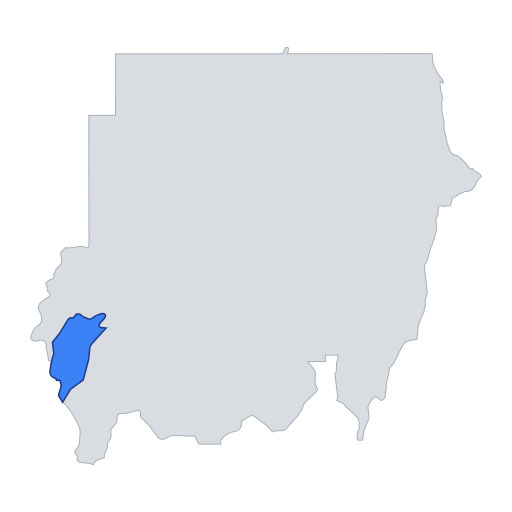 where Central Darfur sits in Sudan
{"feature_id": "SDN-5859", "entity_name": "Central Darfur", "entity_type": "State", "adm_level": 1, "iso_a3": "SDN", "parent_name": "Sudan", "parent_adm1": "", "projection": "robinson", "projection_center": [23.507, 12.127], "detail": "fine", "context": "in_parent", "style": "filled", "palette": "blue", "viewbox_px": 512, "rotation_deg": 0, "n_neighbors": 0, "source": "natural_earth", "source_scale": "10m", "svg_char_len": 4610}
<svg xmlns="http://www.w3.org/2000/svg" viewBox="0 0 512 512"><path d="M362.7,440.1L357.7,440.1L357.1,438.7L357.2,435.0L357.7,432.2L359.5,427.7L359.1,425.3L359.3,421.8L357.9,417.9L345.7,406.5L343.3,403.4L336.7,400.5L337.8,397.3L334.9,374.0L336.3,371.3L336.6,367.2L336.5,363.6L338.0,357.7L338.2,355.1L325.3,355.0L325.1,357.5L325.7,360.4L325.7,361.5L307.8,361.6L315.0,370.8L315.4,374.8L315.0,379.8L315.2,383.0L315.6,385.0L317.5,389.1L317.4,389.9L317.0,390.9L304.3,403.1L302.2,408.7L300.6,411.7L296.9,416.7L285.3,429.7L283.4,430.5L274.6,431.0L273.7,431.3L273.0,431.9L272.6,431.8L265.0,424.1L252.1,414.9L243.7,419.7L241.4,421.5L241.4,425.9L240.1,428.2L237.9,430.6L231.6,432.2L228.4,433.5L224.5,436.0L220.7,440.1L220.4,442.3L220.9,444.2L199.3,444.2L197.9,442.6L194.7,435.8L192.5,436.2L172.9,435.4L170.0,436.1L164.4,438.9L161.6,439.4L158.7,438.1L148.3,424.5L146.1,422.9L143.7,419.7L141.5,418.3L140.8,417.2L140.5,415.8L140.6,412.8L139.8,410.9L138.2,410.5L124.3,413.7L122.3,413.3L119.4,413.9L118.4,414.4L117.2,416.2L117.0,419.9L116.7,421.8L115.6,423.8L111.7,428.4L110.8,430.4L111.0,435.5L110.7,438.0L110.1,439.2L108.4,441.2L107.8,442.3L107.1,448.8L104.9,452.7L104.4,454.1L104.3,456.9L104.0,457.8L97.7,460.0L95.3,461.5L93.9,463.7L93.5,464.6L90.8,463.8L87.4,463.2L80.8,462.5L78.2,461.5L77.0,460.0L77.4,456.0L76.7,455.2L75.7,454.5L75.0,452.8L75.1,450.8L78.6,446.2L79.3,443.8L80.2,432.4L79.9,428.9L77.2,422.5L70.9,411.5L69.4,409.4L61.5,400.3L60.6,399.0L58.6,395.1L60.7,386.7L60.9,384.4L60.3,382.0L58.4,380.2L56.6,380.0L54.3,377.8L52.7,376.8L51.4,374.8L50.4,372.0L51.1,362.1L50.7,360.8L48.7,360.5L48.2,359.7L48.3,357.9L47.2,352.2L46.0,347.6L46.6,345.0L45.0,341.5L41.7,340.0L35.5,341.1L33.5,340.9L32.1,340.3L31.2,339.0L30.7,337.5L31.2,335.2L33.0,331.0L35.2,327.5L39.7,324.4L40.9,322.7L41.6,320.9L41.7,318.7L41.4,316.5L40.9,314.4L39.6,311.7L38.4,308.5L38.4,306.4L38.9,304.8L40.2,303.0L44.7,299.3L49.3,296.3L50.0,295.2L49.8,293.9L47.6,291.4L47.0,286.6L45.8,283.2L48.1,280.7L49.9,279.8L52.6,279.0L53.6,277.9L53.9,275.9L53.8,274.0L54.8,272.5L56.1,269.4L57.2,268.0L60.7,264.4L61.5,262.0L61.7,259.8L60.7,252.9L62.8,250.1L65.3,247.7L69.1,247.9L74.8,247.4L78.8,246.4L81.6,246.4L88.0,247.7L88.6,247.1L89.0,245.3L88.8,115.4L115.2,115.4L115.5,115.2L115.4,53.8L281.3,53.8L282.7,53.6L285.2,47.8L286.4,47.4L288.1,47.7L288.7,49.1L287.3,53.8L432.2,53.7L432.6,60.8L433.9,66.4L438.2,74.4L441.8,78.7L443.1,81.1L443.3,82.2L443.1,83.2L442.0,82.1L440.2,81.3L440.1,85.0L441.1,92.7L442.7,98.1L441.7,103.1L442.0,111.6L444.1,121.7L443.8,128.2L447.2,143.3L450.3,151.6L451.9,153.7L453.8,154.8L457.3,155.5L462.5,159.8L466.7,164.3L468.2,166.6L470.2,169.2L471.5,168.8L472.3,168.1L473.7,170.2L480.3,174.7L481.3,176.8L479.0,178.8L476.4,182.3L475.1,185.6L474.5,186.7L472.3,188.7L472.0,189.7L471.1,190.4L470.1,190.4L467.9,191.5L465.9,191.2L463.9,191.8L463.2,192.6L461.6,193.2L459.4,193.6L456.1,196.4L453.2,197.7L452.2,198.9L450.8,204.4L449.7,205.8L445.3,206.0L443.2,206.5L440.3,205.8L438.9,205.9L438.5,207.1L438.1,211.9L438.2,213.9L435.9,219.3L436.8,229.4L434.5,237.0L434.2,238.7L432.0,244.8L430.8,247.0L427.9,258.2L426.8,261.7L424.3,265.3L427.3,292.3L425.2,300.6L425.4,305.1L423.9,311.7L422.8,314.8L420.8,318.5L419.2,322.7L417.9,328.1L417.1,338.5L416.6,339.4L408.9,340.7L406.5,341.5L404.8,342.6L402.9,345.3L399.0,352.6L397.0,357.0L393.8,363.2L390.0,367.5L389.3,369.6L388.7,373.5L387.3,379.7L386.1,384.1L386.4,387.7L385.3,393.8L385.5,396.8L384.2,398.5L382.4,400.1L381.2,400.5L375.7,396.3L372.0,399.2L369.6,403.2L367.8,407.2L369.0,415.7L368.9,417.6L368.4,419.6L364.9,428.0L363.8,431.8L362.8,438.5L362.7,440.1Z" fill="#d9dde1" stroke="#a8b0b8" stroke-width="1"/><path d="M62.6,402.3L58.7,396.0L58.7,395.1L59.7,390.8L59.9,390.5L60.3,390.0L60.4,389.6L60.4,389.0L60.5,388.4L60.7,387.9L61.1,386.8L61.3,386.2L61.2,385.3L61.2,384.9L60.5,382.6L60.1,380.4L59.7,380.1L59.1,380.1L56.5,380.4L56.3,380.2L56.3,379.3L56.2,379.0L55.5,378.3L53.3,377.5L52.4,376.9L51.4,375.9L50.6,374.6L50.0,373.1L49.9,371.7L51.4,362.2L51.9,360.6L52.0,360.1L52.0,359.6L53.8,353.4L52.4,342.3L59.8,333.0L68.3,319.1L70.2,317.9L73.5,317.7L76.6,313.9L77.3,314.0L78.8,314.0L79.6,314.1L80.4,314.5L81.2,315.1L82.0,315.9L82.8,316.5L83.6,317.0L86.4,318.0L88.5,319.0L89.3,319.2L90.4,319.0L91.6,318.6L95.9,315.8L100.3,313.9L101.4,313.7L102.4,313.6L103.4,313.6L104.3,313.8L104.9,314.3L105.3,315.0L105.5,315.7L105.4,316.3L105.2,316.9L104.8,317.7L103.7,319.2L100.0,323.2L99.4,324.1L99.1,325.1L99.1,326.0L99.4,326.7L100.2,327.3L101.1,327.6L106.1,328.0L91.9,343.7L90.3,346.0L89.8,347.2L89.8,348.2L88.6,359.6L83.2,380.0L77.4,384.2L70.5,389.3L62.6,402.3Z" fill="#3b82f6" stroke="#1e3a8a" stroke-width="1.5"/></svg>